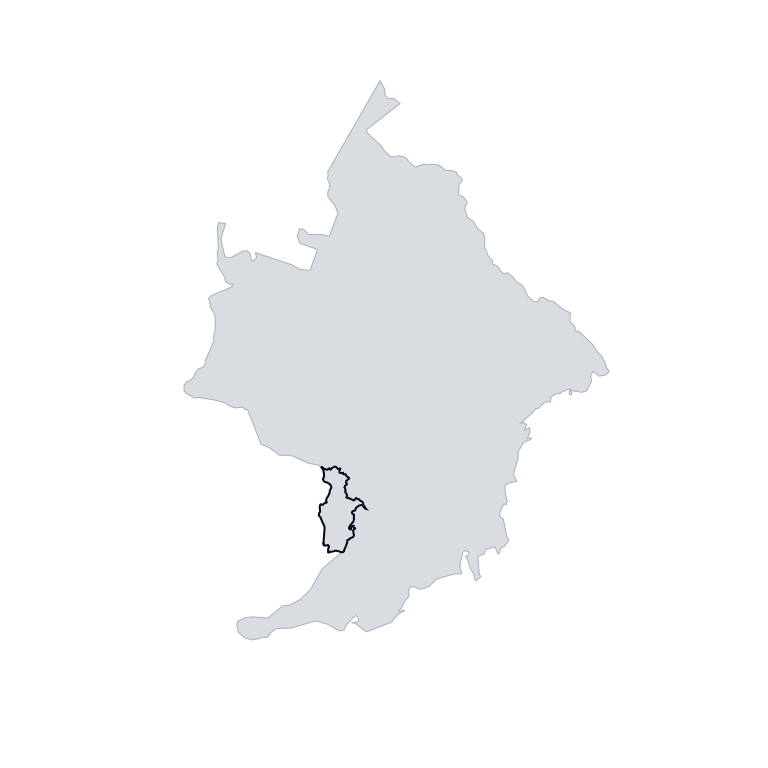 where Norte de Santander sits in Colombia, rotated 199°
{"feature_id": "COL-1421", "entity_name": "Norte de Santander", "entity_type": "Department", "adm_level": 1, "iso_a3": "COL", "parent_name": "Colombia", "parent_adm1": "", "projection": "orthographic", "projection_center": [-72.935, 8.085], "detail": "fine", "context": "in_parent", "style": "outline", "palette": "ink", "viewbox_px": 768, "rotation_deg": 199, "n_neighbors": 0, "source": "natural_earth", "source_scale": "10m", "svg_char_len": 8291}
<svg xmlns="http://www.w3.org/2000/svg" viewBox="0 0 768 768"><g transform="rotate(199 384 384)"><path d="M439.0,118.1L431.7,121.2L417.5,124.9L407.7,141.1L401.1,144.0L392.8,153.6L386.7,165.4L382.1,189.6L369.8,210.1L370.9,211.0L375.7,210.1L380.3,207.9L382.0,208.5L383.7,212.2L389.2,213.1L393.7,229.6L402.2,238.1L403.1,241.4L404.2,248.3L401.2,252.4L400.3,267.7L403.0,271.4L409.4,273.0L413.6,282.4L416.3,284.6L420.2,286.0L429.5,284.5L446.3,286.1L450.3,285.8L459.7,282.5L471.7,286.4L480.5,287.0L504.7,315.4L507.1,314.6L510.1,316.2L516.2,313.2L521.4,312.7L528.3,314.1L537.3,314.0L555.5,310.8L558.2,309.1L568.2,310.7L571.1,312.8L572.6,318.1L571.5,321.4L568.1,324.8L566.2,329.0L565.9,334.2L564.1,338.1L560.9,340.6L559.7,344.2L560.4,349.0L558.9,370.5L560.3,372.3L561.4,381.1L565.6,392.5L567.7,395.8L571.3,398.4L577.7,407.8L576.3,411.0L559.9,426.0L559.1,429.4L562.2,428.0L567.3,429.3L569.1,432.8L581.3,443.0L581.2,446.9L584.7,454.6L584.1,456.3L592.6,478.2L592.9,482.8L585.9,484.2L585.6,469.5L584.6,466.5L576.5,453.5L574.9,452.4L569.5,454.0L560.7,463.8L556.5,465.3L553.2,464.0L549.9,458.3L547.7,457.2L545.6,462.1L548.3,466.4L509.0,466.7L501.3,465.0L490.8,467.3L490.7,489.5L509.3,489.7L514.4,496.0L514.0,501.2L514.8,503.0L510.3,504.1L503.8,500.7L492.3,505.0L483.8,506.0L483.2,530.5L488.3,536.6L498.2,543.0L499.7,547.5L499.0,551.7L501.3,556.9L504.6,559.7L504.6,562.8L506.3,566.3L486.5,669.4L479.6,663.2L477.2,657.6L473.8,655.3L467.2,657.1L460.2,654.3L483.0,619.3L482.2,616.2L463.3,607.8L461.3,605.6L452.2,601.1L447.3,602.4L444.4,604.7L437.5,605.4L431.9,601.7L425.3,599.3L417.3,605.3L414.9,605.2L409.2,607.8L403.1,608.7L395.2,606.1L388.8,608.0L384.3,607.6L382.6,605.7L377.0,603.6L376.3,601.3L377.9,597.0L375.5,588.4L374.6,587.0L370.2,586.9L365.2,583.8L364.2,581.9L365.2,578.5L364.3,575.5L359.4,568.7L352.5,566.9L345.9,561.1L339.3,559.1L336.3,555.1L333.4,545.8L326.6,538.6L321.8,536.2L320.2,532.8L315.2,532.4L308.6,527.7L305.6,527.3L303.6,529.5L297.4,527.2L292.1,523.7L286.6,522.7L283.1,520.6L276.6,513.9L269.6,510.7L265.6,511.8L264.2,516.7L261.9,517.6L253.8,516.2L252.5,517.3L250.4,517.0L240.6,513.3L230.9,511.8L228.4,503.5L222.2,500.5L220.4,496.6L216.0,496.9L199.5,489.2L192.6,483.8L186.8,480.9L180.7,474.9L179.7,472.5L175.1,469.1L177.4,464.7L183.0,461.5L190.4,464.1L191.4,459.0L188.7,454.4L190.0,444.1L192.0,441.9L196.0,439.9L198.5,440.7L200.2,439.0L206.2,439.8L208.0,439.2L212.7,435.1L214.6,431.8L216.7,432.1L221.7,426.6L220.9,421.1L225.5,419.9L230.4,410.8L232.5,410.6L233.6,406.3L242.2,391.3L239.1,393.0L235.8,391.9L236.3,386.9L235.3,386.2L232.6,390.1L230.2,386.1L230.9,379.7L227.0,380.9L227.2,379.4L232.8,374.5L235.2,363.4L233.4,359.4L232.3,342.7L231.4,339.5L226.9,335.3L234.1,330.6L236.7,327.0L233.5,319.6L229.3,313.3L229.2,309.5L231.7,309.9L232.8,299.6L230.5,295.6L227.5,295.4L218.2,280.0L214.9,276.8L217.5,269.5L220.4,266.3L219.8,260.7L221.7,261.0L225.7,266.1L227.4,265.3L233.8,260.6L234.0,256.1L239.2,251.5L232.2,235.7L229.8,233.2L232.7,228.2L234.4,228.5L237.2,233.5L241.6,236.7L248.1,245.6L250.9,247.5L248.9,249.5L248.4,251.5L249.4,252.7L253.1,253.0L254.6,250.6L253.7,240.0L252.2,234.6L248.8,230.8L249.9,229.3L256.7,226.7L270.8,216.7L275.7,207.2L279.4,203.8L283.6,201.6L288.6,202.2L292.6,201.0L293.8,198.0L291.3,191.4L294.3,182.3L294.3,177.7L296.2,175.0L295.6,173.9L290.4,177.1L295.7,170.8L299.5,161.1L319.9,144.0L333.1,148.2L337.3,147.9L331.8,150.1L331.0,152.5L332.9,155.1L334.9,155.9L336.6,154.2L341.1,144.2L341.8,138.7L343.7,136.8L346.5,136.1L359.4,138.5L371.7,137.7L391.7,123.4L406.8,117.3L410.5,111.4L411.5,107.0L414.2,105.3L417.0,105.3L418.7,102.8L425.6,99.0L433.0,98.6L440.8,101.9L444.5,107.7L445.1,111.8L439.0,118.1ZM206.4,438.0L205.5,438.8L203.7,437.4L203.1,435.7L204.2,434.4L205.6,434.8L206.4,438.0Z" fill="#d9dde1" stroke="#a8b0b8" stroke-width="1"/><path d="M382.0,206.6L382.2,206.9L382.6,208.1L382.6,208.3L382.5,208.6L382.6,208.9L382.9,209.2L383.0,209.4L383.1,210.2L383.0,211.6L383.2,212.4L383.8,213.2L384.5,213.4L385.2,213.1L386.3,212.4L386.6,212.2L387.0,212.1L387.4,212.1L387.7,212.2L388.0,212.2L388.2,211.9L388.9,212.6L389.4,212.9L389.6,213.3L389.1,214.1L389.7,214.7L389.9,215.4L390.3,216.9L390.6,218.4L391.0,219.9L391.4,221.4L391.8,222.9L392.2,224.4L392.6,225.9L393.0,227.4L393.4,228.8L394.0,230.0L394.7,230.7L395.3,231.4L396.0,232.1L396.7,232.8L397.4,233.6L398.0,234.3L398.7,235.0L399.4,235.8L400.0,236.5L400.8,237.4L401.2,237.7L401.6,237.8L401.9,237.9L402.2,238.1L402.3,238.1L402.7,238.5L403.0,239.0L403.2,239.6L403.3,240.2L403.3,240.7L402.9,241.9L402.9,242.4L403.1,243.2L404.2,245.3L405.0,247.7L405.0,249.0L404.5,249.8L403.9,249.8L403.2,249.7L402.5,249.8L402.2,250.4L402.0,251.1L401.8,251.6L401.4,252.1L400.8,252.5L400.5,252.7L400.1,252.8L399.8,253.0L399.7,253.4L399.8,253.7L400.5,254.6L400.8,254.9L400.9,255.5L401.0,257.0L400.9,257.6L400.3,259.8L400.0,263.4L400.1,264.1L400.5,265.4L400.6,266.1L400.5,266.8L400.2,267.5L400.0,268.2L400.1,269.0L401.1,270.6L402.3,271.5L403.0,271.7L403.8,272.0L405.5,272.3L408.3,272.2L409.4,272.6L410.6,274.1L410.8,274.2L410.9,274.4L410.6,275.8L410.5,276.1L410.6,277.1L410.9,278.1L411.3,279.1L413.1,282.7L413.7,283.4L414.1,283.7L415.1,284.1L415.5,284.4L416.3,285.1L416.7,285.3L415.4,285.3L414.7,284.9L414.0,284.7L413.1,284.4L410.3,284.3L409.6,284.6L409.4,284.8L409.2,285.1L409.2,285.4L409.1,285.6L408.9,285.9L408.5,286.3L408.2,286.5L407.9,286.5L407.7,286.4L407.5,285.7L406.7,285.5L406.1,286.7L405.7,287.7L405.3,288.2L404.9,288.7L404.0,289.6L403.4,289.9L402.8,290.0L402.1,289.9L400.1,288.8L399.2,288.7L399.0,289.1L398.9,289.3L398.7,289.5L397.8,289.7L397.7,288.8L397.8,287.8L397.8,287.2L397.6,286.4L397.5,286.0L397.3,285.8L397.1,285.7L396.8,285.6L396.5,285.7L396.3,285.7L396.0,285.8L395.0,286.1L394.7,286.0L394.4,285.9L394.2,285.9L394.0,286.1L393.9,286.4L393.7,286.6L393.3,286.0L393.2,285.7L392.9,285.6L392.7,285.6L392.0,285.6L391.9,285.7L391.6,285.8L391.0,286.1L390.1,285.3L389.7,285.1L389.4,284.7L389.1,284.5L388.3,284.3L387.5,284.2L386.5,283.8L386.4,283.7L386.2,283.2L387.5,281.2L387.9,280.6L388.1,280.2L388.0,279.8L387.9,279.6L388.0,279.0L387.9,278.8L387.9,278.6L387.5,278.4L387.3,278.3L387.2,278.1L387.0,277.7L386.8,277.6L386.4,276.9L387.6,275.4L387.7,273.4L387.2,273.2L386.8,272.5L385.8,271.0L385.6,270.3L385.7,269.9L385.6,269.3L383.1,267.4L382.9,266.9L382.7,266.4L382.5,265.3L382.5,265.1L382.5,264.9L382.6,264.6L381.4,264.3L380.7,264.5L380.4,264.8L379.8,264.6L379.6,264.6L379.2,264.6L378.9,264.5L378.7,264.4L378.3,264.4L377.6,264.4L376.5,264.3L375.8,264.3L375.6,264.2L375.4,264.2L374.9,264.0L374.7,264.1L374.4,264.4L373.8,265.2L373.5,266.7L373.4,267.0L372.8,266.9L371.8,266.8L370.6,266.9L370.0,266.8L369.6,266.7L369.4,266.3L368.8,266.0L367.0,265.7L366.3,265.6L365.8,265.4L365.3,265.0L365.1,264.8L364.7,264.2L364.6,263.8L364.5,263.6L363.7,262.7L362.9,261.9L362.0,261.5L361.7,261.3L361.5,261.0L360.9,260.4L360.4,260.1L360.6,260.1L361.9,260.3L362.2,260.5L362.5,260.6L362.9,261.1L363.1,261.3L363.4,261.4L363.8,261.5L364.0,261.6L364.7,262.2L365.0,262.3L365.4,262.4L365.8,262.3L366.8,261.8L367.5,261.3L368.0,260.8L368.4,260.4L368.8,260.0L369.0,259.4L369.8,258.4L370.0,258.1L370.1,257.8L370.2,257.1L370.1,255.9L370.2,255.2L370.3,254.8L370.6,254.6L371.2,254.4L371.6,254.1L371.9,253.7L372.4,253.1L372.5,252.6L372.5,252.2L372.5,251.9L372.4,251.8L372.3,251.7L372.2,251.7L371.9,251.5L371.4,250.9L369.9,250.7L369.5,250.2L369.4,249.8L369.4,248.9L369.3,248.6L369.3,248.4L368.8,247.2L368.4,246.9L368.2,244.2L368.3,243.4L368.6,242.7L369.0,242.0L369.2,241.0L369.8,239.8L370.3,237.7L370.1,236.1L369.9,235.9L369.5,235.7L368.8,235.5L368.3,235.5L368.0,235.6L367.8,235.8L367.8,236.0L368.0,236.5L368.2,236.9L368.2,237.1L368.4,238.4L367.4,239.2L367.2,239.5L366.9,240.0L366.5,240.0L366.4,239.8L366.3,239.0L365.8,238.6L365.6,238.4L365.3,238.3L365.1,238.2L364.5,238.2L364.3,238.2L364.3,237.7L365.1,236.8L365.5,235.3L365.3,234.9L365.1,234.8L364.4,233.2L363.5,231.8L363.1,231.0L363.1,230.7L363.1,230.3L363.2,229.8L363.4,229.4L363.7,229.0L363.9,228.7L364.4,228.3L365.6,227.3L366.0,226.9L366.1,226.7L366.0,226.1L366.1,225.9L366.3,225.7L367.1,225.1L367.6,224.7L367.8,224.3L367.8,223.9L367.5,223.2L367.1,221.4L367.3,220.5L367.3,220.2L367.2,218.8L367.6,214.1L367.4,212.8L368.1,211.6L368.4,211.5L369.9,211.1L373.7,211.0L375.1,210.8L376.3,210.2L377.5,209.1L378.1,208.7L378.9,208.5L379.7,208.1L381.2,206.7L382.0,206.6Z" fill="none" stroke="#020617" stroke-width="2"/></g></svg>